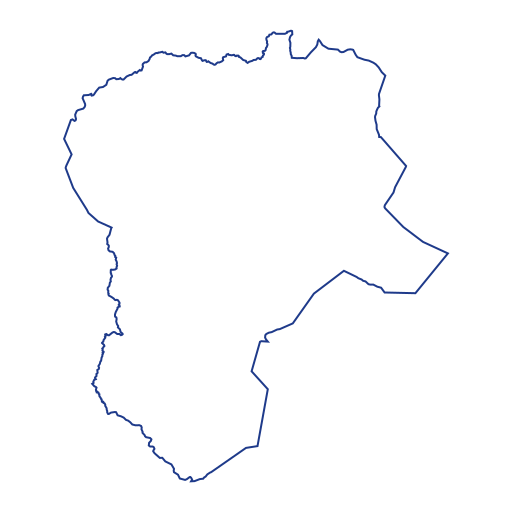 Mabote, Inhambane, Mozambique (Albers equal-area conic projection)
{"feature_id": "85939544B65323255513357", "entity_name": "Mabote", "entity_type": "district", "adm_level": 2, "iso_a3": "MOZ", "parent_name": "Mozambique", "parent_adm1": "Inhambane", "projection": "albers", "projection_center": [33.733, -22.104], "detail": "fine", "context": "isolated", "style": "outline", "palette": "blue", "viewbox_px": 512, "rotation_deg": 0, "n_neighbors": 0, "source": "geoboundaries", "source_scale": "gbopen_adm2", "svg_char_len": 5860}
<svg xmlns="http://www.w3.org/2000/svg" viewBox="0 0 512 512"><path d="M191.1,481.3L194.6,481.1L199.8,479.1L203.2,478.7L204.2,477.4L205.6,476.6L207.3,474.4L210.2,472.5L211.1,472.2L246.0,447.9L257.5,446.1L267.8,389.2L251.6,371.3L260.0,341.8L261.3,341.2L267.8,341.6L266.0,339.4L265.1,337.6L265.3,335.2L266.3,334.0L268.8,332.7L271.7,332.1L277.2,329.5L279.8,329.1L292.8,323.4L313.9,293.6L343.9,270.8L356.7,277.0L358.3,278.2L361.6,279.5L363.1,280.8L365.5,281.4L368.5,284.2L370.3,284.6L373.3,284.6L377.3,286.7L381.1,287.7L384.6,292.5L415.4,293.2L447.9,253.4L423.0,241.9L403.3,227.0L385.3,208.5L384.6,207.5L384.5,206.5L384.9,205.1L393.5,192.5L395.1,187.2L405.8,167.0L406.1,166.0L380.9,137.1L379.2,137.0L379.0,134.8L376.7,129.1L376.6,124.7L375.5,120.8L375.0,117.1L375.2,115.9L376.2,113.6L376.3,111.5L377.0,109.7L378.0,107.7L379.4,106.4L379.1,105.7L379.4,99.4L378.9,95.1L379.0,93.9L385.3,75.6L381.8,72.2L378.7,67.4L375.8,64.3L373.4,62.7L368.8,60.6L364.4,59.7L357.4,57.2L355.7,54.8L353.2,49.9L352.4,49.6L350.3,49.3L347.7,49.7L343.5,52.0L341.6,52.2L340.1,51.7L337.9,49.6L328.4,48.7L322.5,45.1L320.0,41.2L318.7,39.7L317.8,41.3L317.3,44.5L315.9,47.2L310.9,52.3L305.8,58.3L304.8,58.5L303.3,58.0L296.9,58.2L291.8,57.8L291.6,55.7L290.8,54.2L290.7,52.5L290.2,50.8L290.3,49.3L289.9,47.9L290.3,46.9L290.4,42.8L289.4,39.7L290.0,37.2L290.9,35.6L292.3,34.4L292.1,31.1L291.0,30.7L288.2,31.7L287.2,31.8L287.0,32.8L284.9,33.8L276.0,33.8L274.5,32.5L273.5,32.4L272.6,32.8L271.4,34.4L269.4,34.7L268.8,36.3L267.1,37.0L266.5,37.8L266.3,38.6L266.5,40.0L267.1,41.4L266.9,43.1L267.5,44.1L267.5,44.9L266.7,47.1L266.0,47.9L265.6,50.1L264.8,50.9L263.2,51.0L262.7,51.6L262.9,53.0L263.9,53.4L264.0,53.8L263.9,54.6L262.9,55.5L262.7,56.9L261.5,57.4L261.0,58.6L260.5,59.1L259.6,59.0L258.8,58.1L257.5,58.2L255.9,59.8L253.5,60.0L252.4,60.8L249.1,61.8L247.6,62.9L246.2,61.9L245.9,60.8L243.2,60.0L240.4,57.4L238.9,56.9L238.6,56.5L238.7,55.9L238.3,55.6L236.7,55.6L236.2,56.1L235.5,56.1L234.7,55.6L234.4,55.0L233.9,54.8L231.7,55.3L228.8,54.8L228.2,54.0L226.6,54.5L226.0,56.4L223.2,57.2L222.8,58.0L223.2,60.2L221.8,61.4L219.3,62.5L217.9,62.4L216.5,63.3L215.5,64.5L214.5,64.8L213.6,64.5L212.5,63.6L210.6,63.0L208.3,61.3L207.6,61.8L206.7,61.9L205.7,60.2L204.2,60.3L202.6,60.9L202.1,60.5L200.9,58.2L198.6,57.8L195.8,56.3L195.5,55.6L195.8,54.4L195.6,53.7L194.1,52.9L192.1,52.7L191.0,52.9L189.0,55.4L185.4,56.4L184.3,55.2L183.2,55.1L182.5,55.1L180.8,56.2L177.3,56.2L175.8,55.6L173.2,55.3L171.4,53.6L169.4,54.1L167.1,54.1L166.4,53.7L165.4,52.4L163.4,52.7L162.4,51.8L159.5,52.5L158.4,52.5L157.8,53.1L156.4,53.0L155.4,53.3L153.8,54.5L151.9,55.5L151.3,56.5L150.0,57.5L149.6,59.0L148.5,61.0L146.5,62.3L144.6,62.4L142.9,63.9L142.6,65.0L143.0,66.6L141.6,70.4L140.7,70.6L139.8,70.0L137.5,71.9L136.8,72.9L136.2,72.9L135.4,72.0L134.6,72.2L131.6,74.8L129.8,75.0L126.6,76.5L123.6,79.5L122.3,79.5L121.0,78.8L120.4,78.1L118.9,79.0L116.3,79.2L115.1,78.2L113.2,78.0L108.9,79.6L107.6,80.7L106.3,84.8L103.0,87.0L99.2,87.6L96.2,91.1L93.9,94.6L93.1,95.3L91.6,95.6L91.3,95.2L91.4,94.0L91.2,93.8L88.7,95.0L83.8,95.3L83.0,96.6L82.6,98.2L85.1,104.0L85.2,105.4L84.7,106.9L83.3,108.6L78.1,110.1L76.7,111.1L75.2,114.6L75.3,116.2L76.0,118.9L75.8,119.9L75.4,120.5L74.5,120.9L72.5,119.4L70.9,120.0L64.1,138.9L71.6,154.4L66.4,165.5L65.7,167.4L65.7,168.2L73.2,187.9L86.9,209.8L88.5,213.0L98.1,221.5L111.6,227.6L111.2,228.3L109.5,234.8L107.5,237.4L107.0,238.7L107.5,242.4L107.2,244.0L108.2,244.8L108.8,245.7L108.8,247.0L108.1,248.5L108.5,250.2L109.8,251.4L112.6,251.8L114.1,253.3L114.5,254.9L115.3,255.8L115.1,256.9L116.2,257.6L115.7,259.7L116.6,261.4L117.0,263.1L116.6,264.2L117.1,265.7L116.5,267.2L116.6,268.5L115.1,269.5L112.9,269.8L111.2,269.6L110.8,270.0L110.7,272.9L111.1,273.3L111.2,274.4L112.0,276.0L111.9,276.7L111.0,277.8L110.5,279.8L110.8,281.5L109.9,282.6L109.4,285.8L107.8,287.8L107.6,289.7L108.3,290.7L108.2,293.0L108.7,293.6L108.4,294.3L108.8,295.5L111.4,296.9L113.7,298.5L114.8,299.8L115.7,300.1L116.8,299.8L117.9,300.2L119.5,302.6L119.5,303.8L118.9,304.3L118.7,304.8L119.6,305.7L119.7,306.5L118.4,306.9L117.5,307.6L117.6,308.5L115.8,311.9L115.0,314.4L115.0,315.9L115.1,316.6L116.3,317.4L116.5,318.0L116.6,319.2L116.2,321.5L117.0,324.3L118.2,326.1L117.9,327.4L119.9,329.3L120.6,332.0L122.5,333.6L122.7,334.1L122.2,334.7L120.9,335.2L119.4,334.0L117.2,334.0L114.8,332.2L113.8,332.0L112.5,332.5L109.0,335.3L108.0,335.2L106.3,334.0L105.2,334.4L105.1,334.8L105.7,335.9L104.9,336.8L105.3,337.7L103.6,340.0L103.3,341.6L102.1,342.7L102.0,343.0L104.0,344.9L104.4,346.0L103.5,346.9L103.2,347.7L102.3,348.5L102.7,349.3L102.4,350.4L102.6,350.9L103.6,351.6L103.7,351.9L103.5,352.4L102.6,352.9L103.0,353.8L102.3,354.8L102.4,356.0L101.6,357.6L101.1,360.8L100.4,361.5L99.8,363.9L98.4,366.1L99.1,367.8L98.7,369.1L97.3,370.0L97.6,372.7L97.3,373.3L96.4,374.0L96.5,376.0L95.1,377.4L95.0,377.9L95.8,379.2L94.3,379.7L93.3,381.7L93.6,382.9L92.2,383.8L94.3,386.2L95.9,387.0L96.5,387.6L95.9,389.8L96.3,391.5L97.2,391.5L97.5,391.8L97.2,392.5L98.5,392.7L98.8,394.0L99.4,394.3L99.3,395.2L99.5,396.4L100.6,397.7L100.9,398.8L101.6,399.3L101.9,401.7L102.5,402.1L102.7,401.6L103.2,401.7L103.8,402.7L103.8,403.1L104.7,403.5L105.3,404.8L105.2,405.8L106.6,408.2L106.7,409.7L107.2,411.0L107.2,412.3L108.0,413.9L108.8,414.0L111.0,412.6L115.0,412.0L116.1,412.2L117.6,415.3L121.0,416.3L123.7,417.6L126.0,419.9L128.1,420.6L130.3,422.3L132.3,424.5L135.5,425.3L139.4,425.2L141.1,426.0L141.7,427.4L141.5,429.3L142.6,431.8L142.5,432.8L144.7,435.2L145.0,436.2L146.1,437.2L150.1,438.0L151.4,439.3L150.9,440.9L149.1,442.8L148.8,445.5L150.1,446.5L152.6,446.5L153.6,447.0L154.4,448.6L154.3,449.2L153.4,450.4L153.2,451.3L154.6,453.3L159.8,457.9L162.3,457.8L165.3,461.4L171.4,464.4L174.0,468.8L173.7,470.7L174.0,472.2L178.0,474.7L179.8,478.5L185.1,479.9L186.8,479.2L189.6,477.1L190.3,477.0L191.1,477.7L192.1,479.6L191.1,481.3Z" fill="none" stroke="#1e3a8a" stroke-width="2"/></svg>